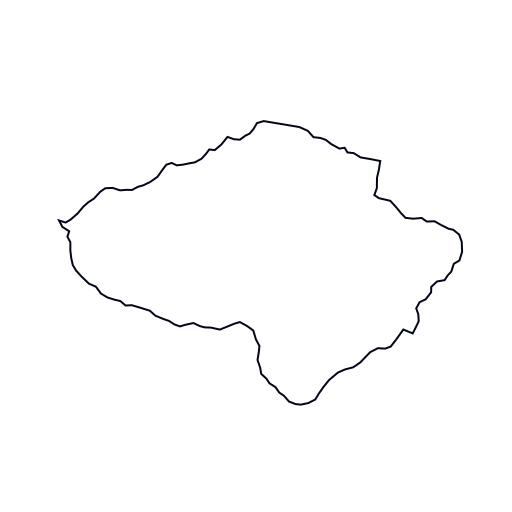 outline of Flora Rica, São Paulo, Brazil, rotated 13°
{"feature_id": "56859067B38081573660902", "entity_name": "Flora Rica", "entity_type": "district", "adm_level": 2, "iso_a3": "BRA", "parent_name": "Brazil", "parent_adm1": "São Paulo", "projection": "albers", "projection_center": [-51.376, -21.702], "detail": "fine", "context": "isolated", "style": "outline", "palette": "ink", "viewbox_px": 512, "rotation_deg": 13, "n_neighbors": 0, "source": "geoboundaries", "source_scale": "gbopen_adm2", "svg_char_len": 1958}
<svg xmlns="http://www.w3.org/2000/svg" viewBox="0 0 512 512"><g transform="rotate(13 256 256)"><path d="M237.4,335.8L244.8,330.6L250.0,326.9L255.2,324.0L263.2,326.3L270.1,329.2L274.7,337.3L279.6,342.9L280.3,348.7L280.9,357.0L285.2,363.9L287.6,369.7L293.8,373.2L297.7,377.0L304.5,379.4L309.3,383.8L314.5,385.8L320.9,390.4L328.0,391.4L333.2,390.7L340.1,387.5L346.0,382.5L348.3,375.6L351.3,368.2L355.1,360.4L358.6,355.7L362.1,351.1L368.1,346.6L375.7,342.6L381.6,336.2L385.2,330.1L389.0,323.9L395.5,318.4L402.6,317.2L407.6,314.0L411.5,305.6L416.1,294.5L426.1,296.2L428.0,288.5L429.2,282.9L427.2,276.2L423.9,271.0L425.8,264.2L431.0,260.1L434.8,252.0L433.7,246.7L438.1,240.1L445.2,237.1L447.1,231.9L449.8,227.3L450.5,219.1L455.2,214.6L455.9,205.6L453.3,196.0L449.2,189.5L442.4,186.1L437.4,186.1L429.2,184.1L422.2,182.0L414.6,184.0L408.9,181.7L400.7,184.3L393.1,185.2L387.6,181.6L381.4,176.8L374.4,172.0L362.7,172.0L357.6,170.0L358.5,162.7L356.3,152.5L356.3,144.6L355.7,135.5L346.6,135.8L335.7,136.4L328.1,133.8L321.8,134.5L318.0,130.6L313.2,132.6L304.0,130.0L297.8,127.1L292.0,126.5L285.3,127.3L278.4,122.4L269.2,120.6L233.2,122.8L227.0,126.3L225.1,132.6L222.3,138.1L218.3,141.4L214.2,146.3L208.2,147.2L201.4,146.4L197.2,155.1L192.0,162.1L186.5,162.7L184.2,167.9L181.1,173.4L175.4,178.5L170.6,180.5L164.1,183.5L158.4,185.5L152.9,184.3L148.1,187.2L145.5,193.0L142.2,201.0L136.2,207.7L130.1,212.6L125.3,215.2L120.4,219.5L114.5,220.8L108.8,222.6L101.0,221.9L93.9,223.9L89.8,228.4L85.2,236.5L80.4,241.5L76.8,246.5L72.5,254.9L67.1,262.3L63.0,266.2L56.1,265.7L60.8,271.2L68.4,273.9L67.9,279.6L72.0,284.3L73.9,292.5L76.4,299.5L79.5,306.0L84.0,310.7L90.7,315.3L99.4,320.5L107.0,322.0L113.4,327.5L120.5,329.8L127.9,330.4L134.0,330.4L140.0,333.6L146.0,331.9L154.7,332.4L164.9,333.2L171.4,336.8L179.8,338.2L185.8,338.8L191.8,341.0L197.8,341.7L202.3,339.1L210.1,335.4L217.0,336.9L222.0,337.1L228.1,335.9L237.4,335.8Z" fill="none" stroke="#020617" stroke-width="2"/></g></svg>